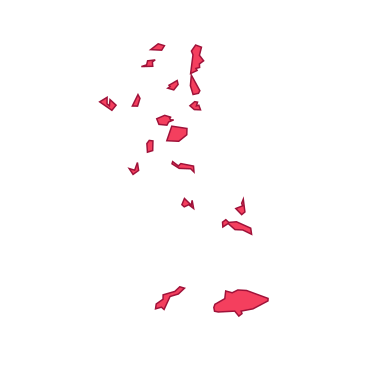 SVG path tracing the border of Notio Aigaio, rotated 46°
{"feature_id": "GRC-3013", "entity_name": "Notio Aigaio", "entity_type": "Region", "adm_level": 1, "iso_a3": "GRC", "parent_name": "Greece", "parent_adm1": "", "projection": "orthographic", "projection_center": [25.984, 36.675], "detail": "medium", "context": "isolated", "style": "filled", "palette": "rose", "viewbox_px": 384, "rotation_deg": 46, "n_neighbors": 0, "source": "natural_earth", "source_scale": "10m", "svg_char_len": 1949}
<svg xmlns="http://www.w3.org/2000/svg" viewBox="0 0 384 384"><g transform="rotate(46 192 192)"><path d="M323.1,213.0L318.4,229.3L311.8,239.4L314.2,240.5L313.8,244.5L307.4,244.0L296.5,256.5L293.4,258.6L290.2,256.5L288.7,253.5L291.5,242.5L286.6,236.5L292.4,233.1L294.3,227.1L300.7,221.2L321.4,211.2L323.1,213.0ZM142.8,151.5L147.2,156.0L146.3,166.3L137.6,174.5L130.6,160.8L142.8,151.5ZM108.1,103.9L105.8,110.7L94.0,96.0L90.2,94.5L88.8,87.3L94.4,84.6L98.8,91.7L105.7,92.5L105.0,97.7L107.7,100.0L105.8,103.4L108.1,103.9ZM251.9,280.4L257.1,293.7L253.6,294.0L250.7,299.4L247.7,295.5L249.0,287.3L245.9,284.2L251.6,273.4L251.7,266.6L256.0,264.2L255.9,272.7L251.9,280.4ZM258.8,174.9L263.8,178.5L254.5,181.9L248.9,187.2L239.8,187.9L238.6,194.1L234.9,191.0L235.4,186.9L239.4,186.7L244.3,180.7L258.8,174.9ZM114.4,119.3L107.5,111.3L124.6,116.0L125.5,118.8L122.6,123.5L114.4,119.3ZM126.5,163.6L120.4,168.8L114.8,166.5L117.9,158.4L123.8,155.1L122.8,156.5L125.2,157.4L127.4,155.1L125.4,160.2L126.5,163.6ZM68.6,186.8L76.8,186.3L77.6,192.9L63.0,195.8L64.9,187.3L69.6,191.9L72.6,191.5L68.6,186.8ZM67.6,110.2L68.9,115.3L60.9,122.8L61.9,113.4L67.6,110.2ZM174.4,172.9L179.0,176.7L174.4,176.8L166.1,184.8L157.8,186.8L156.7,184.8L163.8,183.7L163.8,180.3L174.4,172.9ZM234.3,172.0L237.1,165.2L234.6,164.1L232.8,160.1L243.1,167.8L242.8,172.0L234.3,172.0ZM125.8,190.8L125.2,186.9L128.1,184.6L134.9,191.5L132.4,196.4L125.8,190.8ZM66.8,132.8L71.4,126.7L70.9,130.1L74.3,132.9L66.6,141.3L69.0,136.3L66.8,132.8ZM198.1,197.7L205.0,202.3L198.9,203.2L197.3,207.9L194.1,208.1L191.4,201.9L200.9,201.7L198.1,197.7ZM134.3,133.1L128.5,133.6L128.9,127.3L131.2,125.6L133.1,129.0L134.3,126.8L138.8,128.8L134.3,133.1ZM88.5,164.4L92.4,171.5L88.7,175.2L84.4,163.2L88.5,164.4ZM105.0,127.3L105.9,134.2L100.5,137.3L101.0,134.5L99.2,134.4L101.5,125.2L105.0,127.3ZM132.9,210.8L139.4,215.4L138.4,222.2L131.5,220.9L136.5,218.1L132.9,210.8Z" fill="#f43f5e" stroke="#9f1239" stroke-width="1.5"/></g></svg>